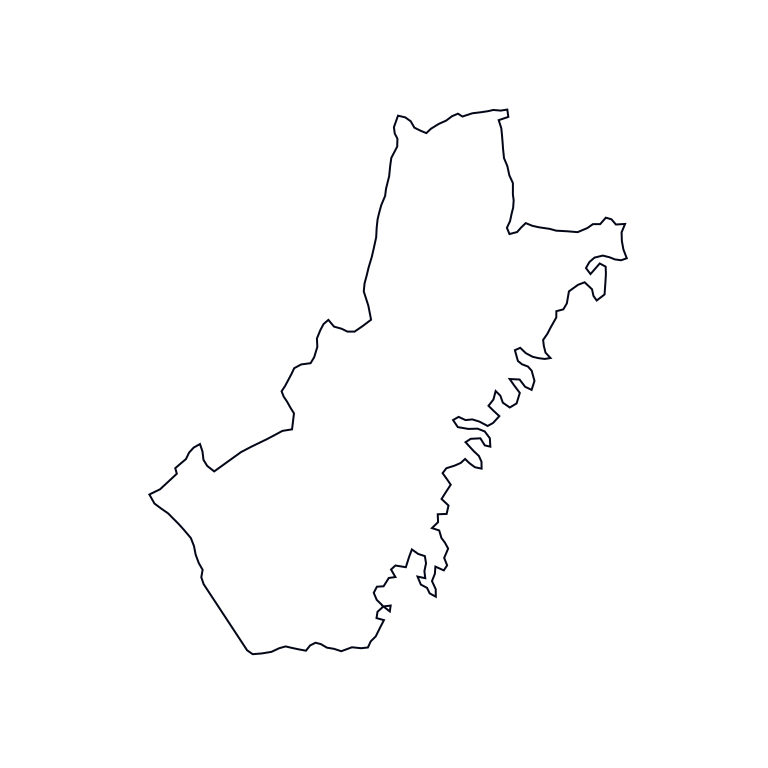 Redentora, Rio Grande do Sul, Brazil, rotated 28°
{"feature_id": "56859067B65128822842334", "entity_name": "Redentora", "entity_type": "district", "adm_level": 2, "iso_a3": "BRA", "parent_name": "Brazil", "parent_adm1": "Rio Grande do Sul", "projection": "mercator", "projection_center": [-53.617, -27.564], "detail": "fine", "context": "isolated", "style": "outline", "palette": "ink", "viewbox_px": 768, "rotation_deg": 28, "n_neighbors": 0, "source": "geoboundaries", "source_scale": "gbopen_adm2", "svg_char_len": 3567}
<svg xmlns="http://www.w3.org/2000/svg" viewBox="0 0 768 768"><g transform="rotate(28 384 384)"><path d="M228.7,591.7L237.4,597.3L245.8,598.6L254.2,599.6L260.9,601.7L268.1,603.9L275.3,606.5L285.8,610.7L292.3,616.3L297.8,623.1L304.7,629.2L311.1,633.2L313.4,640.4L318.7,645.4L388.2,683.4L394.9,684.2L402.7,679.2L410.3,673.4L415.5,666.5L420.3,661.9L426.0,660.4L433.4,658.3L440.3,656.1L441.5,649.5L445.0,644.6L450.4,643.3L457.3,643.6L464.2,641.3L471.7,640.0L479.3,631.5L487.9,628.0L493.5,624.2L493.1,617.5L495.2,610.7L494.9,600.9L494.8,592.5L487.3,594.2L485.2,588.2L487.9,580.7L478.9,578.0L473.0,573.2L472.9,566.3L478.6,562.8L479.3,553.0L484.7,549.1L477.3,544.5L479.3,538.9L489.3,535.5L487.3,524.7L486.3,517.0L493.9,518.0L500.9,516.8L505.3,522.6L507.5,530.2L511.6,536.1L504.0,538.3L510.7,543.8L517.7,543.8L522.6,547.4L529.6,547.5L526.0,540.9L518.9,535.5L518.0,527.6L515.1,521.1L524.3,520.5L524.9,514.5L518.8,509.3L517.9,499.2L512.5,495.6L507.0,493.0L501.5,487.4L494.0,488.7L496.6,480.6L492.6,473.8L500.3,469.3L498.0,461.0L488.8,458.5L489.4,450.3L490.2,441.6L483.9,438.3L477.6,435.2L478.6,429.1L484.7,422.9L488.8,417.7L490.8,412.1L496.6,413.8L503.3,414.8L509.9,412.9L506.6,406.9L501.6,403.0L494.6,401.1L483.3,397.1L486.3,391.7L494.6,386.7L501.8,390.9L507.3,389.4L502.9,382.2L495.2,378.6L487.6,379.5L479.5,384.1L469.4,387.4L461.9,383.4L465.3,378.0L472.9,377.6L478.6,373.8L485.9,372.4L495.2,372.4L498.6,367.2L500.9,358.2L493.9,356.4L486.5,354.2L487.9,346.3L485.9,337.8L492.2,339.7L497.7,344.7L506.1,345.7L510.2,338.9L508.1,328.1L500.3,324.5L492.6,320.6L501.6,316.4L509.9,320.2L517.1,319.9L515.4,310.6L508.1,302.9L502.9,301.0L496.6,301.8L491.4,300.8L483.7,292.7L487.3,288.1L494.8,290.2L502.4,290.2L508.1,288.7L514.2,286.4L518.8,282.9L511.9,280.5L507.3,275.4L503.8,270.4L504.7,263.0L504.6,255.9L504.9,244.4L502.0,238.8L507.3,233.9L507.6,227.0L503.8,215.4L508.7,205.4L513.4,200.0L523.2,202.7L527.6,207.9L532.6,210.4L536.7,201.4L532.4,191.7L528.4,182.9L524.6,176.3L517.9,176.3L514.7,190.0L507.9,186.8L508.1,179.9L510.5,173.6L516.9,167.9L523.7,166.2L529.3,165.6L535.3,163.4L539.3,159.0L532.2,152.8L526.9,146.1L522.6,138.6L521.7,129.5L513.9,134.3L507.5,131.8L501.8,133.0L499.8,141.4L493.4,144.8L490.3,150.9L483.7,159.0L473.5,163.4L464.0,167.8L457.6,169.2L446.9,173.0L440.6,174.7L433.6,175.4L431.6,181.5L430.2,187.3L424.4,192.7L419.2,188.4L418.8,180.9L416.8,174.0L415.3,167.8L412.3,161.0L408.8,156.1L403.5,146.1L396.7,140.9L390.6,133.7L383.9,128.2L378.8,120.6L374.9,114.4L370.7,107.9L367.5,103.1L361.4,97.2L368.4,89.8L364.0,83.8L358.7,87.8L351.9,90.7L347.6,94.4L341.5,98.9L334.9,103.5L327.7,111.0L322.4,110.6L318.4,115.5L315.2,122.3L310.2,128.7L305.6,136.6L303.6,142.6L297.6,143.2L290.4,143.4L284.3,139.5L277.6,138.6L270.4,140.5L272.2,152.6L275.9,157.8L280.7,161.1L284.2,168.2L284.3,180.9L286.9,188.1L291.0,198.1L294.1,210.6L296.7,217.4L297.6,227.4L299.3,234.9L301.0,241.5L304.1,249.3L308.2,258.1L311.3,269.1L313.5,277.3L315.7,288.3L317.8,296.5L319.6,304.3L322.7,311.8L333.4,322.2L342.4,333.3L338.0,342.8L333.4,351.6L327.1,354.9L320.7,355.1L312.9,356.8L304.8,353.5L302.5,359.4L302.5,366.3L303.4,375.3L307.7,382.5L309.8,393.2L309.4,400.1L301.7,405.6L297.3,412.2L297.6,418.6L297.6,426.1L297.6,432.1L297.0,438.5L301.3,442.2L306.7,445.1L312.6,448.9L318.3,452.2L324.1,467.2L316.3,473.1L311.5,480.3L306.7,487.4L296.4,501.5L289.7,511.3L275.1,540.9L266.3,539.3L260.2,535.7L255.4,528.8L249.7,523.4L245.8,529.5L244.1,536.1L244.4,543.2L239.2,556.3L243.2,560.5L235.7,582.1L228.7,591.7ZM487.9,580.7L495.9,582.1L493.9,576.5L487.9,580.7Z" fill="none" stroke="#020617" stroke-width="2"/></g></svg>